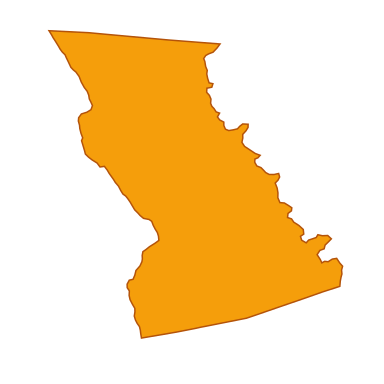 Itaocara, Rio de Janeiro, Brazil (Natural Earth projection), rotated 275°
{"feature_id": "56859067B49021626071663", "entity_name": "Itaocara", "entity_type": "district", "adm_level": 2, "iso_a3": "BRA", "parent_name": "Brazil", "parent_adm1": "Rio de Janeiro", "projection": "natural_earth1", "projection_center": [-42.077, -21.729], "detail": "fine", "context": "isolated", "style": "filled", "palette": "amber", "viewbox_px": 384, "rotation_deg": 275, "n_neighbors": 0, "source": "geoboundaries", "source_scale": "gbopen_adm2", "svg_char_len": 2528}
<svg xmlns="http://www.w3.org/2000/svg" viewBox="0 0 384 384"><g transform="rotate(275 192 192)"><path d="M94.5,135.4L91.0,135.8L88.0,138.2L83.4,138.4L79.3,139.7L74.9,142.5L71.1,145.2L67.6,145.6L63.4,145.3L59.6,146.8L56.4,148.8L53.3,151.4L49.7,152.6L46.3,153.3L42.1,154.4L51.1,188.8L56.3,206.9L58.1,212.6L59.5,217.6L62.8,228.9L71.0,257.2L74.9,266.1L85.3,289.4L95.9,313.3L103.8,330.7L110.9,347.5L116.2,347.5L120.1,347.9L123.4,348.5L127.3,347.8L131.2,348.5L134.0,345.5L138.5,341.9L137.4,337.6L134.4,333.7L134.5,330.2L132.7,327.5L135.9,325.7L140.5,322.1L145.0,324.5L146.9,328.6L150.7,329.2L154.3,332.3L157.5,334.9L160.5,331.0L159.8,325.7L160.4,321.1L157.5,319.7L155.7,315.7L154.3,312.4L151.3,310.2L153.5,305.5L157.3,303.9L159.8,307.0L164.4,306.1L168.0,301.4L170.8,296.0L173.9,293.5L174.9,289.4L179.0,289.5L181.9,292.7L185.0,292.8L186.9,289.4L189.1,285.0L189.1,280.5L193.8,278.0L198.6,277.7L203.3,276.5L208.2,274.1L211.2,276.6L214.6,278.0L218.0,276.7L216.6,272.3L216.2,267.4L217.8,263.7L220.1,261.2L222.3,258.6L223.6,254.3L227.1,251.9L230.3,251.8L231.8,254.7L234.5,256.7L235.9,251.6L239.2,245.6L242.0,240.4L245.8,237.4L250.2,237.9L253.8,237.5L257.6,240.4L261.2,242.2L264.4,242.0L264.2,236.6L261.6,233.8L258.9,231.8L257.5,227.6L256.4,223.3L257.5,219.8L261.1,217.9L264.4,217.6L266.2,213.3L269.0,210.8L273.0,212.6L273.9,209.1L277.0,206.7L279.1,204.3L282.0,202.8L286.2,202.8L289.8,200.9L292.6,197.9L296.7,197.8L298.1,202.6L301.7,203.4L302.2,199.5L306.5,197.7L310.9,196.4L314.5,196.6L318.1,194.7L323.2,193.4L325.9,192.0L329.2,193.8L331.1,196.6L333.1,200.8L337.5,204.3L341.9,207.0L341.4,155.2L341.6,92.8L341.7,75.2L340.2,35.5L336.2,38.5L333.6,40.2L330.8,42.4L325.6,46.3L322.8,48.2L320.1,50.6L317.6,53.6L314.8,55.1L310.8,57.5L305.6,60.5L303.3,63.1L301.4,65.9L297.2,69.5L291.9,72.1L286.7,75.6L283.2,78.8L279.4,80.7L275.7,81.6L273.0,83.3L269.4,85.3L265.2,84.2L262.3,80.3L260.1,75.0L256.1,72.6L252.8,72.6L248.8,74.1L245.4,74.7L240.8,76.3L236.4,78.4L233.5,77.5L229.0,79.3L224.2,81.2L220.5,82.5L217.7,85.9L215.3,89.6L212.6,94.9L208.9,98.2L209.9,102.5L206.4,105.7L203.4,107.8L200.6,110.2L197.8,112.6L194.8,114.8L191.5,118.2L187.1,121.0L183.9,123.4L182.2,126.3L180.0,128.4L176.5,131.3L173.1,133.7L169.2,136.5L166.3,140.0L164.1,142.3L161.5,146.0L160.9,151.6L159.3,154.4L155.4,156.3L151.8,158.6L148.6,161.0L145.2,162.4L140.9,163.2L137.8,159.7L133.8,154.4L130.7,151.2L128.3,148.3L124.5,147.9L121.0,148.4L118.2,148.2L113.8,146.6L108.9,143.0L104.2,142.3L99.9,140.9L98.7,137.2L94.5,135.4Z" fill="#f59e0b" stroke="#b45309" stroke-width="1.5"/></g></svg>